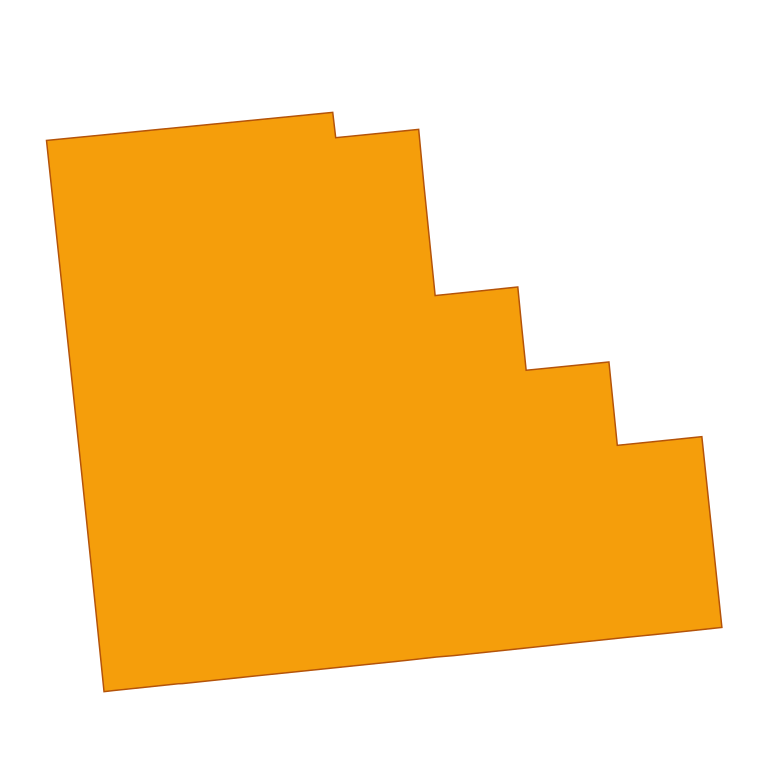 the district of Curry, New Mexico, United States of America, rotated 84°
{"feature_id": "52423323B94709577697602", "entity_name": "Curry", "entity_type": "district", "adm_level": 2, "iso_a3": "USA", "parent_name": "United States of America", "parent_adm1": "New Mexico", "projection": "robinson", "projection_center": [-103.219, 34.628], "detail": "fine", "context": "isolated", "style": "filled", "palette": "amber", "viewbox_px": 768, "rotation_deg": 84, "n_neighbors": 0, "source": "geoboundaries", "source_scale": "gbopen_adm2", "svg_char_len": 684}
<svg xmlns="http://www.w3.org/2000/svg" viewBox="0 0 768 768"><g transform="rotate(84 384 384)"><path d="M108.5,406.6L106.5,694.2L319.3,694.0L329.6,694.0L441.2,694.0L495.0,694.1L581.4,694.3L660.7,694.6L660.6,685.0L660.6,621.3L660.6,621.2L660.6,620.0L660.8,617.4L660.9,616.4L660.9,616.1L660.9,612.6L660.9,610.9L660.9,607.8L660.9,604.6L660.9,601.1L660.9,596.6L660.9,548.7L660.9,544.9L660.9,542.0L661.2,392.2L661.0,360.5L661.4,343.2L661.4,270.6L661.3,227.8L661.3,172.5L661.5,125.5L661.4,73.4L469.6,73.4L469.4,158.4L385.6,158.0L385.2,241.2L343.3,241.1L301.5,240.8L301.4,323.9L190.4,323.5L134.4,322.9L134.0,406.3L108.5,406.6Z" fill="#f59e0b" stroke="#b45309" stroke-width="1.5"/></g></svg>